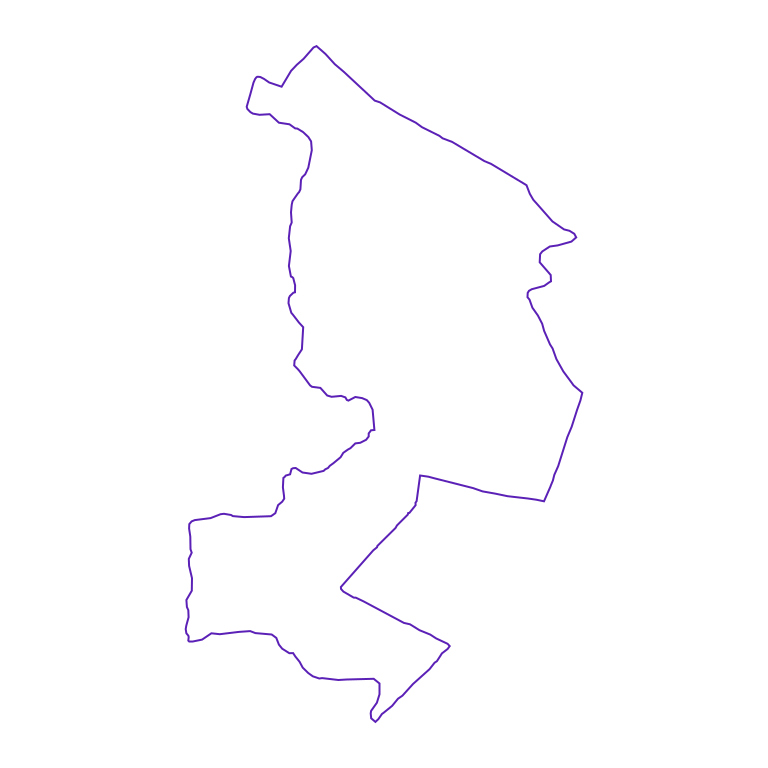 outline of Oratorio, Santa Rosa, Guatemala
{"feature_id": "79465075B83773112277760", "entity_name": "Oratorio", "entity_type": "district", "adm_level": 2, "iso_a3": "GTM", "parent_name": "Guatemala", "parent_adm1": "Santa Rosa", "projection": "robinson", "projection_center": [-90.174, 14.117], "detail": "fine", "context": "isolated", "style": "outline", "palette": "violet", "viewbox_px": 768, "rotation_deg": 0, "n_neighbors": 0, "source": "geoboundaries", "source_scale": "gbopen_adm2", "svg_char_len": 3421}
<svg xmlns="http://www.w3.org/2000/svg" viewBox="0 0 768 768"><path d="M188.3,640.6L189.2,641.5L192.8,641.5L202.1,639.6L211.4,633.3L219.8,634.2L238.9,631.9L250.2,631.1L255.4,633.1L271.7,634.5L276.3,637.9L278.9,644.6L282.2,648.7L289.3,653.2L293.1,653.1L295.4,656.6L299.6,661.8L302.7,667.6L308.2,673.0L312.8,676.3L319.3,678.5L322.1,678.1L338.4,680.0L346.7,679.5L373.7,678.8L379.5,683.5L379.5,694.3L376.9,702.7L371.1,710.9L370.7,713.4L371.2,718.3L375.4,721.9L378.3,719.2L382.0,713.9L383.2,713.1L392.2,705.8L398.0,698.7L402.4,695.7L413.0,684.0L429.6,669.1L434.6,662.7L436.9,661.2L440.2,656.1L441.9,653.4L447.7,648.9L449.7,646.1L447.6,643.8L436.1,638.4L430.3,634.6L419.5,630.2L410.0,624.3L403.9,622.9L363.6,601.4L355.9,597.7L353.7,597.6L343.4,591.6L341.0,588.9L340.9,587.0L373.3,550.3L377.0,547.3L377.4,545.9L395.6,527.9L396.9,525.5L407.8,514.6L408.2,513.0L409.4,512.9L415.6,505.2L415.5,502.7L416.6,501.2L420.1,475.5L428.4,476.7L433.6,478.1L473.1,488.1L482.6,491.4L495.1,493.6L507.6,496.2L527.9,498.5L536.3,499.7L544.0,501.3L550.4,486.7L550.9,485.3L552.9,480.5L554.3,474.9L558.2,466.1L567.3,437.2L571.7,426.7L577.1,409.8L580.4,400.5L582.3,392.8L573.5,385.3L571.8,382.9L563.3,371.4L556.4,359.1L552.6,348.5L550.0,344.4L544.1,330.8L542.2,323.8L537.9,315.5L532.4,307.7L529.5,299.6L527.5,297.2L527.7,292.9L529.0,290.8L531.8,289.2L544.2,285.9L549.1,282.4L551.0,281.3L550.7,275.0L539.7,262.3L540.1,254.2L542.3,251.4L549.8,246.5L557.7,245.4L571.4,241.6L576.2,237.4L574.3,233.8L569.5,230.8L564.0,229.4L552.4,221.4L536.9,203.8L533.3,199.8L529.8,193.8L526.5,185.2L491.1,163.9L484.4,161.1L452.1,141.9L442.6,138.3L439.5,135.9L422.0,127.2L415.8,122.7L399.8,114.6L380.1,102.4L374.7,100.6L343.9,71.9L334.8,64.2L325.5,54.0L316.5,46.1L313.5,47.5L303.6,58.8L296.8,64.8L291.1,70.8L281.6,86.7L269.2,82.5L264.0,78.9L260.3,77.0L258.5,76.8L257.2,76.8L256.3,77.4L255.1,79.0L253.5,82.6L250.5,93.6L246.7,106.8L247.4,109.0L250.4,112.1L252.9,113.6L259.5,114.8L269.7,114.2L278.9,122.7L289.5,124.3L295.2,128.4L297.4,128.6L303.1,132.1L308.3,137.0L311.1,141.4L311.8,150.2L308.3,167.7L305.2,174.3L302.2,177.2L301.0,179.8L300.4,189.3L299.1,192.1L297.9,193.4L294.2,198.7L292.5,201.2L291.7,204.9L291.0,212.4L291.7,222.5L290.1,226.3L288.8,238.2L290.7,251.0L288.9,266.0L290.9,276.5L292.4,277.2L293.3,278.2L295.1,285.3L295.0,292.3L293.4,292.7L289.9,296.0L288.9,298.1L288.5,303.2L291.3,312.8L293.0,314.8L298.9,322.5L303.2,327.2L301.9,349.3L298.1,355.1L295.7,359.1L294.6,360.5L294.2,365.5L297.8,369.1L299.6,371.2L310.1,385.4L312.0,386.8L320.4,387.9L327.2,395.5L331.6,396.8L341.1,395.9L345.4,397.4L346.8,399.9L348.4,400.6L355.3,397.0L362.1,398.1L366.8,400.1L369.2,402.8L372.6,409.7L374.4,430.0L371.0,430.3L369.8,432.0L368.7,433.4L368.7,436.5L366.1,439.8L360.2,442.8L355.3,443.4L350.4,448.2L348.0,449.5L343.3,452.8L340.6,457.2L333.4,463.2L329.8,465.8L328.0,468.0L325.3,469.3L323.6,470.9L311.5,473.8L302.5,472.5L295.7,468.0L293.1,468.2L291.5,469.0L290.1,474.3L285.7,475.6L284.8,476.8L283.4,477.9L282.9,487.3L284.0,495.8L284.2,498.7L282.2,501.7L278.1,505.1L275.3,513.2L271.0,516.2L244.1,517.1L232.8,516.1L231.1,515.0L224.0,513.8L220.6,514.2L210.6,518.1L194.8,520.1L191.6,521.4L189.3,524.1L189.1,528.5L190.3,536.6L190.5,549.2L191.7,552.7L188.8,558.9L189.1,565.9L192.0,578.2L191.8,590.7L186.4,600.0L186.9,607.0L188.3,610.2L188.6,617.2L186.3,625.6L185.7,629.1L186.4,633.4L187.4,634.5L188.4,635.8L188.7,637.1L188.3,640.6Z" fill="none" stroke="#5b21b6" stroke-width="2"/></svg>